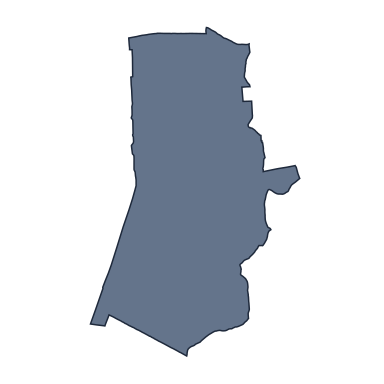 Lat Krabang, Bangkok Metropolis, Thailand, rotated 87°
{"feature_id": "78962969B46231034587858", "entity_name": "Lat Krabang", "entity_type": "district", "adm_level": 2, "iso_a3": "THA", "parent_name": "Thailand", "parent_adm1": "Bangkok Metropolis", "projection": "orthographic", "projection_center": [100.783, 13.745], "detail": "fine", "context": "isolated", "style": "filled", "palette": "slate", "viewbox_px": 384, "rotation_deg": 87, "n_neighbors": 0, "source": "geoboundaries", "source_scale": "gbopen_adm2", "svg_char_len": 5909}
<svg xmlns="http://www.w3.org/2000/svg" viewBox="0 0 384 384"><g transform="rotate(87 192 192)"><path d="M321.2,286.0L319.4,285.3L313.0,282.4L310.4,281.3L312.9,276.7L314.2,274.7L315.8,272.0L316.2,271.2L316.6,270.6L316.8,270.1L318.1,268.3L318.3,267.7L318.9,266.8L319.9,265.5L320.0,265.0L320.4,264.3L322.3,261.5L322.7,260.5L323.9,258.5L323.9,258.4L324.3,257.5L324.6,257.0L325.1,256.3L325.4,255.9L325.9,255.1L326.7,253.8L326.7,253.5L326.8,253.4L327.8,251.5L328.2,251.1L328.7,250.1L329.5,249.0L330.0,248.0L332.5,243.9L333.2,242.8L333.7,242.1L333.8,241.9L333.9,241.3L334.0,241.1L334.9,239.9L335.1,239.6L336.1,237.7L336.5,237.4L337.9,235.0L339.4,232.7L339.8,231.8L340.7,230.3L342.1,227.9L346.3,221.1L347.4,219.0L350.4,214.1L350.8,213.5L351.2,213.0L351.8,211.7L352.9,210.0L355.5,205.9L354.2,205.5L353.1,205.4L351.9,205.2L350.3,204.8L349.6,204.6L349.0,204.3L347.9,203.3L346.8,201.8L346.3,200.8L346.1,200.3L345.6,198.6L345.3,197.9L344.8,197.1L344.6,196.9L344.3,196.7L342.3,191.7L341.0,190.4L337.3,185.6L337.0,185.1L335.5,182.9L335.0,182.1L334.7,181.4L333.2,178.6L332.3,176.7L332.1,175.6L332.1,175.1L332.1,174.7L331.8,173.8L331.6,171.8L331.7,171.0L332.1,169.6L332.3,168.4L332.3,167.0L332.3,166.3L332.2,165.8L331.9,164.6L331.4,163.7L330.7,162.1L330.7,161.7L330.6,161.1L330.6,160.4L330.7,160.2L330.6,159.3L329.8,157.8L329.4,156.6L329.1,156.0L329.0,155.5L329.1,154.6L329.0,154.1L328.6,152.6L327.1,148.7L326.7,147.9L324.8,146.0L324.1,145.1L323.6,144.3L322.6,143.4L321.5,142.5L321.3,142.2L318.7,142.3L317.8,142.3L317.4,142.3L316.3,142.3L315.0,141.9L314.6,141.8L313.9,141.4L313.0,141.1L312.1,140.9L311.5,140.9L305.8,141.0L304.4,141.1L299.9,141.1L297.9,141.3L297.6,141.2L294.8,141.5L293.2,141.7L290.0,141.1L288.8,141.1L286.8,141.2L285.6,141.3L284.2,141.6L281.3,143.1L279.0,145.5L277.6,147.3L277.2,147.6L277.0,147.8L276.4,147.8L274.0,147.3L272.7,147.2L271.7,146.9L269.3,147.4L268.0,147.9L267.6,148.0L267.2,148.0L266.9,147.8L266.4,147.3L266.1,146.8L265.8,146.4L265.3,145.6L263.8,144.3L263.0,143.4L262.3,141.8L261.3,138.8L260.8,138.3L259.9,137.6L258.5,136.0L257.6,134.9L256.1,133.4L255.0,132.4L254.4,132.1L253.9,131.7L253.0,130.9L252.0,129.9L251.2,129.3L250.5,129.0L249.4,128.3L248.9,127.8L249.1,127.2L249.1,125.2L249.2,124.9L249.3,124.4L249.1,124.0L246.9,122.3L243.1,119.9L240.9,119.2L240.3,119.0L239.5,118.9L237.4,118.4L235.7,117.6L235.2,117.3L235.0,117.1L234.7,116.6L234.4,116.2L233.8,115.2L232.9,115.6L232.4,116.0L232.2,116.3L231.3,117.9L231.0,118.1L230.3,118.4L227.2,119.5L224.9,120.1L223.0,120.3L222.5,120.3L220.5,120.3L219.0,120.2L216.5,120.3L214.3,120.2L213.8,120.1L211.6,120.2L208.9,120.4L207.3,120.3L205.8,120.0L205.0,119.9L204.7,119.9L203.5,119.3L201.9,118.9L198.7,118.1L197.5,117.6L194.9,116.4L194.2,116.0L193.8,115.6L193.6,115.2L193.6,114.5L193.6,114.3L194.7,112.3L195.2,111.7L196.8,109.7L197.4,108.7L198.1,107.4L198.4,106.5L198.6,105.4L198.6,104.4L198.9,101.8L198.9,101.4L198.6,100.3L198.3,99.5L197.4,98.1L196.5,96.2L196.3,96.0L195.4,95.4L194.7,95.2L192.5,93.7L191.4,93.1L190.2,92.2L189.3,91.0L187.5,88.2L184.1,83.7L183.3,84.0L179.1,85.3L174.8,86.2L172.8,86.6L171.0,87.7L171.1,87.9L172.2,95.9L173.1,104.3L173.6,107.9L175.4,119.8L173.4,119.7L173.1,119.8L172.8,120.1L171.9,120.0L171.2,119.7L170.0,119.4L168.0,119.1L164.3,118.8L163.7,118.7L162.7,118.4L162.0,117.8L161.6,117.3L158.2,117.9L156.4,118.2L155.8,118.4L154.6,118.5L153.4,118.5L152.3,118.4L150.7,118.5L147.5,118.8L146.2,119.0L146.2,119.6L144.4,119.6L144.4,120.3L139.1,120.2L138.8,120.8L138.7,121.3L138.6,121.6L137.5,122.3L137.1,122.9L136.7,123.5L136.2,123.6L135.2,124.7L134.6,125.2L133.9,125.7L132.6,127.2L131.5,128.6L131.3,129.0L131.1,130.2L130.7,130.6L130.8,131.1L130.4,131.5L129.9,132.1L129.6,132.3L129.4,132.3L127.8,132.5L127.5,132.4L126.9,132.0L126.3,131.6L124.0,130.0L121.5,128.1L121.1,127.9L119.5,127.7L118.4,127.6L117.9,127.7L104.4,127.7L104.2,136.3L103.9,136.3L91.0,136.7L89.9,136.8L89.9,136.2L89.9,135.2L89.8,131.7L89.9,128.6L88.1,128.9L88.0,129.0L87.6,129.2L86.6,130.1L85.1,131.2L82.2,132.6L81.1,133.2L80.3,133.6L80.0,133.7L79.6,133.7L77.8,133.5L75.8,133.2L73.9,132.6L71.5,132.5L70.7,132.3L69.8,132.1L68.5,132.0L67.5,131.8L66.6,131.4L64.9,131.4L63.6,131.0L62.4,130.8L61.2,130.0L60.2,129.6L59.2,129.1L58.0,128.3L55.5,126.9L55.3,126.9L53.2,127.1L52.7,127.1L51.3,127.2L48.5,127.4L47.1,127.2L47.2,127.5L47.5,128.4L47.6,129.2L47.6,130.3L47.1,134.6L47.2,135.3L47.0,138.1L46.8,139.0L46.5,139.8L44.9,142.7L44.7,143.1L43.6,144.5L42.7,146.2L40.9,149.4L40.3,150.8L40.2,151.4L39.8,152.3L39.0,153.3L37.6,154.8L37.2,155.3L36.4,156.6L35.8,157.8L35.2,158.6L34.1,159.6L33.5,160.3L32.1,162.6L31.7,163.4L31.0,164.5L30.4,165.2L29.4,166.7L28.8,167.7L28.5,169.0L29.0,169.1L29.8,169.4L31.9,169.7L34.6,169.5L34.6,169.9L34.5,170.2L34.5,171.7L34.4,172.7L34.2,175.8L34.1,177.1L33.6,184.4L33.5,185.9L33.5,187.1L33.3,192.7L33.1,195.0L33.1,196.2L33.0,198.5L32.7,201.0L32.6,202.8L32.7,204.4L32.7,204.7L32.5,205.4L32.5,205.8L32.3,209.5L32.2,211.5L31.9,214.8L31.7,218.6L31.8,218.7L31.9,218.8L31.9,219.0L31.9,221.1L32.1,224.4L32.3,227.0L32.6,228.9L32.9,232.8L32.9,233.4L33.5,237.2L33.8,238.6L34.9,247.1L40.9,247.0L43.5,246.9L44.9,246.8L46.6,246.9L46.8,244.4L54.6,244.4L73.7,245.2L74.1,247.1L75.4,247.0L81.7,247.1L87.1,246.9L97.2,247.0L100.1,246.8L101.3,246.9L103.6,247.6L107.3,247.6L111.9,247.8L112.7,248.0L114.8,248.8L115.1,248.7L115.8,248.2L116.8,247.5L117.4,247.4L119.1,247.4L130.7,247.8L130.8,247.8L131.5,248.2L131.9,248.3L132.9,248.2L133.1,248.1L133.8,247.7L134.1,247.7L138.4,247.7L139.0,247.8L140.1,248.2L140.5,248.5L142.1,249.9L142.5,250.1L150.7,249.5L151.0,249.3L151.8,248.6L152.1,248.4L152.4,248.2L153.1,248.1L155.2,248.1L166.2,248.7L167.0,248.6L168.9,247.8L169.7,247.7L173.1,247.6L174.2,247.4L177.1,247.2L182.9,247.5L185.3,248.3L186.9,248.8L195.5,251.7L206.4,255.8L223.1,262.5L242.7,269.7L260.6,276.4L268.5,279.7L276.4,283.4L282.5,286.1L283.7,286.0L304.8,294.6L318.5,300.3L319.7,294.3L320.9,287.4L321.2,286.0Z" fill="#64748b" stroke="#1e293b" stroke-width="1.5"/></g></svg>